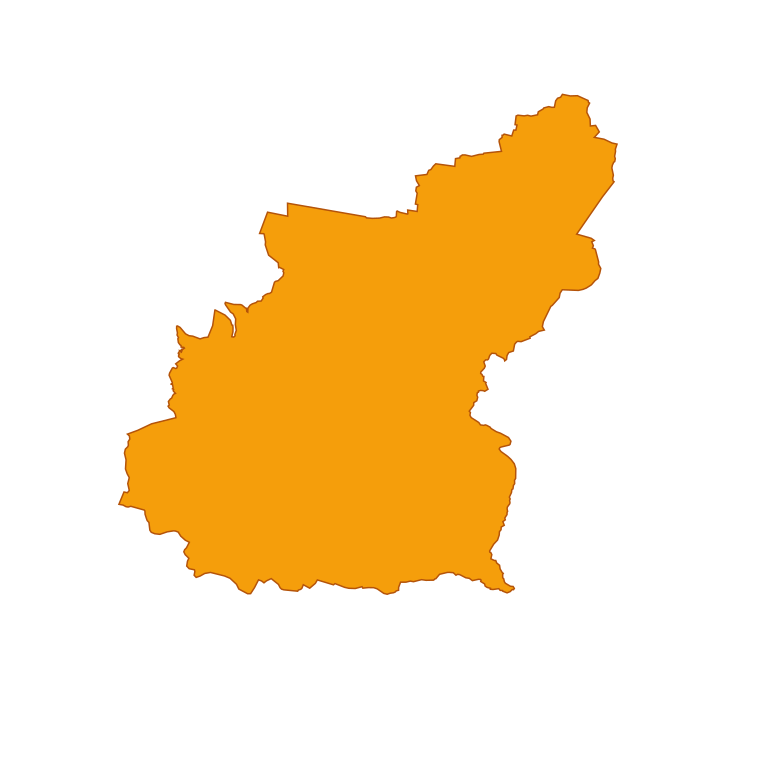 outline of Nikhom Phatthana, Rayong, Thailand, rotated 255°
{"feature_id": "78962969B93638644331760", "entity_name": "Nikhom Phatthana", "entity_type": "district", "adm_level": 2, "iso_a3": "THA", "parent_name": "Thailand", "parent_adm1": "Rayong", "projection": "natural_earth1", "projection_center": [101.132, 12.84], "detail": "fine", "context": "isolated", "style": "filled", "palette": "amber", "viewbox_px": 768, "rotation_deg": 255, "n_neighbors": 0, "source": "geoboundaries", "source_scale": "gbopen_adm2", "svg_char_len": 6158}
<svg xmlns="http://www.w3.org/2000/svg" viewBox="0 0 768 768"><g transform="rotate(255 384 384)"><path d="M258.7,486.7L268.2,489.4L273.2,489.2L278.3,487.1L282.1,484.7L288.5,479.5L291.4,478.4L292.6,479.5L292.8,480.9L292.6,489.1L293.0,490.1L295.9,491.8L300.1,490.4L306.3,483.8L308.8,480.2L313.3,475.9L314.9,475.3L317.5,472.5L318.3,471.2L318.2,469.7L319.5,466.6L322.3,465.6L329.0,459.5L331.6,458.9L334.1,460.1L335.7,459.3L340.2,465.1L342.8,465.9L343.8,469.3L347.0,471.1L349.1,470.8L351.4,471.9L351.7,473.2L352.7,473.4L352.8,475.6L351.9,478.1L350.9,479.4L352.0,483.1L358.2,482.3L359.0,483.0L361.2,480.9L365.4,482.4L365.9,481.4L367.9,481.1L369.2,480.1L370.5,480.6L373.3,485.0L375.1,486.4L379.6,486.1L381.0,488.4L380.5,490.3L381.1,491.4L384.2,493.5L385.8,496.1L384.5,499.9L382.7,500.5L378.1,505.8L376.7,506.6L375.1,506.6L376.0,508.7L379.6,510.2L382.1,512.6L382.4,517.5L388.6,520.5L390.3,522.9L390.6,524.2L389.4,527.4L390.4,537.0L391.8,537.0L393.3,543.6L394.8,547.0L394.6,552.8L398.4,551.8L403.0,554.1L415.8,565.2L416.4,566.9L422.1,575.6L426.2,577.6L428.9,580.6L424.1,596.0L423.9,600.7L424.3,604.2L426.1,610.0L429.3,614.7L430.6,617.9L435.2,621.1L439.5,623.3L444.2,622.2L446.3,622.9L459.0,623.0L459.9,622.7L461.3,620.5L463.4,622.0L467.6,621.5L468.2,624.3L471.1,621.9L478.9,608.9L508.3,643.5L519.8,658.6L521.0,657.8L523.6,658.2L526.3,659.6L533.7,660.0L536.2,661.2L538.8,663.3L539.1,664.4L541.7,665.7L544.3,665.7L548.6,667.8L551.0,668.3L555.4,671.2L557.8,666.6L563.5,659.9L567.8,651.0L571.8,657.2L579.0,655.3L579.8,650.1L586.6,651.6L593.9,650.2L598.2,651.8L602.1,655.3L603.2,654.4L605.0,654.5L612.4,645.5L614.0,638.6L617.6,631.3L615.3,628.8L615.1,625.6L613.1,623.1L607.2,620.2L607.8,617.7L609.3,614.9L609.3,609.8L608.5,608.9L607.0,603.5L604.3,602.0L604.7,595.3L606.4,592.3L606.7,588.8L609.0,582.9L608.7,581.0L600.6,577.7L599.7,579.5L595.1,577.1L595.7,575.0L590.5,571.6L594.3,564.7L593.6,563.6L593.7,562.4L591.6,561.9L590.2,558.6L588.3,557.9L578.3,557.7L581.1,540.2L580.3,539.3L581.1,535.3L581.2,527.5L584.3,521.6L585.0,518.8L584.5,518.1L584.3,516.5L582.8,515.8L583.2,511.4L575.9,508.7L583.3,491.0L581.7,488.1L579.0,484.8L578.8,482.5L575.3,479.7L576.9,468.3L571.9,468.0L566.5,469.5L565.7,466.2L562.3,464.7L559.6,465.4L549.7,460.9L548.5,463.0L542.1,460.7L545.9,451.9L542.2,451.1L542.1,450.5L545.7,443.8L547.7,441.5L547.3,440.8L542.8,439.3L542.2,438.6L542.1,437.1L542.4,434.1L544.1,431.6L545.3,427.7L545.4,422.5L547.0,415.6L549.0,410.1L550.4,409.3L583.6,337.6L571.0,334.4L580.1,316.0L561.6,302.8L560.3,306.7L559.7,307.0L552.0,306.4L549.1,305.3L538.3,305.9L528.5,313.2L523.6,312.4L523.6,313.4L520.5,316.8L519.0,315.6L517.4,316.0L514.5,314.5L511.2,308.5L511.2,305.7L510.6,304.5L501.8,299.1L501.1,296.9L501.4,295.2L501.0,292.7L499.6,289.4L498.3,289.5L495.9,286.8L496.7,283.2L495.8,281.7L495.5,277.4L494.8,275.1L492.5,272.2L488.6,271.0L489.5,270.2L492.8,270.7L493.2,269.9L496.9,267.3L497.8,266.1L499.7,259.5L503.9,252.0L503.0,251.3L501.6,251.4L493.2,254.4L490.7,256.5L485.3,257.6L479.9,255.8L474.0,255.2L470.5,252.8L469.1,252.6L468.2,251.0L469.1,249.2L473.5,251.6L477.3,252.7L479.9,253.1L480.4,252.3L485.3,252.1L491.7,248.3L499.1,240.2L499.2,239.8L484.7,233.6L474.8,226.1L475.4,222.2L475.2,218.0L479.7,211.7L481.1,208.2L483.8,205.3L491.4,201.7L493.5,199.6L493.5,198.7L491.2,198.0L486.8,197.7L484.9,196.8L481.9,197.5L481.1,196.6L477.3,196.1L474.6,197.1L473.8,197.9L472.1,197.6L471.2,200.1L470.3,200.5L469.6,198.7L470.1,198.1L468.9,196.1L469.1,195.5L468.2,196.0L468.6,197.5L467.2,196.5L468.7,195.1L467.0,193.2L466.3,193.3L465.9,194.0L464.2,192.7L463.3,192.8L461.2,194.3L460.1,196.0L459.3,192.5L457.4,188.0L454.8,189.3L453.0,187.9L452.8,186.9L454.4,184.7L454.2,183.7L450.0,179.7L448.1,178.7L440.1,179.9L439.0,179.6L439.3,178.6L439.0,178.3L437.9,179.6L434.7,179.3L434.1,178.4L433.2,179.4L432.0,178.6L428.9,180.1L428.8,178.8L427.7,177.1L425.3,175.2L424.9,173.8L422.9,171.2L419.3,171.1L418.5,169.7L416.5,170.3L411.8,173.9L408.6,174.6L405.3,174.3L405.7,149.2L403.0,134.2L402.0,123.2L399.8,124.6L396.6,124.2L394.5,121.9L390.9,121.2L389.7,120.2L388.0,117.3L384.4,115.4L377.5,115.2L368.8,112.3L363.7,112.7L359.5,113.7L354.1,110.7L347.1,110.4L345.4,108.0L347.0,104.9L336.4,96.8L334.6,100.6L332.3,103.0L331.4,105.0L331.4,107.8L324.3,119.8L323.2,120.2L320.1,119.5L315.7,119.7L313.4,119.9L311.1,121.1L303.4,120.0L301.0,120.8L298.7,123.8L296.8,128.6L297.3,136.3L296.6,142.8L295.9,144.6L294.2,146.9L289.6,148.3L284.6,151.6L281.5,155.0L276.9,150.8L275.5,148.5L273.7,147.2L270.6,147.8L266.2,150.4L263.7,148.3L259.2,146.3L256.0,148.0L253.6,152.8L251.9,152.8L248.4,151.1L245.8,152.5L246.1,156.7L247.4,161.8L246.9,167.6L239.9,180.2L236.2,185.0L228.7,189.7L223.5,190.7L216.7,198.0L216.0,200.9L220.8,206.2L227.3,212.1L225.5,214.7L223.0,216.6L224.3,219.6L225.2,224.7L217.7,230.2L214.2,230.9L212.4,231.9L211.1,234.0L206.2,247.0L207.1,247.9L207.2,250.4L208.0,251.9L211.0,254.1L206.0,259.4L209.2,266.1L212.0,268.9L203.1,283.2L203.9,285.0L197.8,293.3L195.8,297.1L193.9,303.3L193.9,310.3L192.3,310.7L191.4,316.2L189.9,321.4L187.9,324.4L181.8,329.6L180.1,332.7L180.3,335.8L179.9,339.2L180.2,341.1L181.0,342.3L181.0,344.7L183.8,345.5L188.3,348.7L186.9,354.0L186.8,358.4L185.4,361.3L185.3,369.6L183.5,373.8L181.7,381.2L182.5,382.5L182.5,383.7L185.8,388.4L185.6,396.4L185.1,398.5L183.8,402.1L180.7,404.0L181.1,405.9L180.2,407.9L175.7,412.8L174.2,416.1L171.2,418.5L170.9,424.7L170.2,426.7L169.4,427.0L168.2,426.3L164.9,429.4L162.6,429.4L160.8,431.0L159.1,434.0L158.2,433.6L157.3,436.1L156.6,441.9L154.6,442.8L153.8,445.1L153.1,445.1L150.4,448.8L150.8,452.1L152.3,454.7L151.8,455.9L152.8,457.0L155.0,456.3L155.9,453.8L160.1,449.7L161.8,449.1L165.0,449.2L166.1,448.5L169.3,449.3L170.2,450.2L171.2,449.4L175.3,448.3L179.0,448.7L182.0,446.5L184.6,446.3L184.9,445.0L187.5,442.0L191.3,444.0L193.7,443.5L194.3,442.6L195.4,442.8L200.9,448.5L203.9,453.3L208.3,456.2L211.5,457.3L212.9,459.3L215.5,460.2L216.4,463.6L220.3,463.2L221.4,466.0L223.3,466.0L226.0,469.0L228.3,469.7L228.9,470.4L231.6,470.6L233.2,471.3L235.8,474.5L236.9,475.0L239.1,475.2L240.3,476.1L242.3,475.8L246.1,479.0L249.0,480.2L249.3,481.4L252.6,482.8L253.9,484.4L257.3,485.2L258.7,486.7Z" fill="#f59e0b" stroke="#b45309" stroke-width="1.5"/></g></svg>